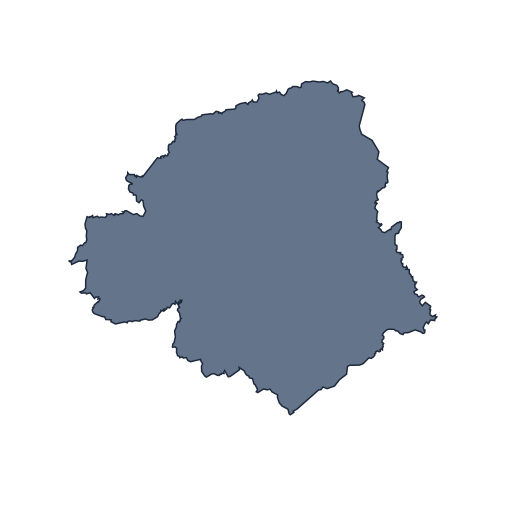 the district of Madero, Michoacán, Mexico, rotated 241°
{"feature_id": "50627088B49828923670212", "entity_name": "Madero", "entity_type": "district", "adm_level": 2, "iso_a3": "MEX", "parent_name": "Mexico", "parent_adm1": "Michoacán", "projection": "orthographic", "projection_center": [-101.157, 19.354], "detail": "fine", "context": "isolated", "style": "filled", "palette": "slate", "viewbox_px": 512, "rotation_deg": 241, "n_neighbors": 0, "source": "geoboundaries", "source_scale": "gbopen_adm2", "svg_char_len": 6134}
<svg xmlns="http://www.w3.org/2000/svg" viewBox="0 0 512 512"><g transform="rotate(241 256 256)"><path d="M363.3,409.6L366.1,409.4L369.5,406.5L373.0,406.0L372.7,402.5L376.1,399.4L377.5,395.7L381.3,390.7L382.3,387.2L384.5,383.8L384.4,379.2L381.8,377.4L382.2,375.5L384.1,374.3L386.4,370.4L385.9,367.5L386.5,366.5L386.4,365.2L383.5,361.1L382.8,358.0L384.9,356.4L388.0,356.0L388.4,353.6L390.3,353.9L389.7,353.1L390.9,346.2L393.7,343.8L394.4,339.8L396.0,337.5L395.5,335.7L392.5,335.1L390.2,331.4L391.9,328.4L394.3,328.4L393.6,327.4L393.6,323.9L392.4,322.4L395.2,321.3L396.9,316.2L397.1,311.4L395.3,310.0L394.8,308.6L398.5,300.7L397.6,299.2L397.7,295.7L397.0,295.0L398.6,294.3L399.0,292.7L400.1,293.3L401.9,291.2L401.0,287.0L402.3,285.5L405.6,277.3L404.7,275.7L405.5,272.4L405.3,268.3L408.9,261.7L410.0,258.0L411.5,257.7L411.5,255.8L410.3,250.6L408.9,249.0L403.8,246.2L401.3,245.8L402.1,245.4L400.1,244.2L399.9,242.8L397.9,242.9L397.6,241.8L395.7,240.7L395.4,239.8L396.2,239.7L396.5,238.6L395.1,236.1L395.7,234.1L395.0,233.0L391.0,230.5L388.6,230.5L388.1,228.7L386.6,227.4L387.1,226.2L388.3,225.5L387.3,223.3L388.4,223.5L388.9,222.8L389.1,220.9L387.5,220.2L389.7,217.4L380.2,195.4L381.1,195.5L381.0,193.3L383.3,191.3L383.0,189.7L384.4,190.5L384.5,188.9L386.2,189.1L388.7,184.6L391.0,184.2L389.6,183.4L387.7,180.0L385.7,179.4L383.7,179.8L379.6,182.9L379.0,182.7L379.8,180.2L379.4,179.1L376.4,176.9L373.1,176.8L370.7,178.9L368.6,178.4L368.1,179.9L367.0,180.6L362.0,178.2L359.3,179.6L360.8,182.9L359.1,184.0L354.1,181.9L348.8,181.4L345.4,176.4L347.4,173.8L350.8,172.4L351.7,168.8L358.6,164.5L359.0,163.1L358.4,162.4L359.2,160.9L358.1,161.3L357.5,160.5L358.8,157.7L358.7,155.5L359.9,154.7L360.3,153.3L361.1,153.6L361.3,153.0L360.3,151.6L363.2,150.0L363.4,148.0L365.4,145.7L363.6,145.2L362.8,143.0L365.3,139.2L365.8,137.3L367.7,136.5L368.6,132.1L370.6,132.7L370.3,129.7L371.0,129.7L371.0,128.3L372.3,127.3L366.9,122.0L362.9,120.3L360.2,120.3L355.5,117.1L352.5,116.0L350.3,113.9L350.6,112.5L349.2,109.2L350.5,107.9L350.0,104.2L347.1,102.4L345.2,99.2L342.8,96.8L341.3,92.9L341.7,91.0L342.8,89.9L341.2,90.4L340.7,91.5L338.0,90.7L337.4,98.7L335.4,101.7L334.3,106.3L327.5,101.2L323.4,100.8L317.7,95.5L310.6,91.5L309.3,88.4L309.9,84.6L308.2,85.2L306.4,89.0L305.1,89.3L304.1,93.2L297.3,94.1L297.7,95.8L296.6,98.4L295.0,96.9L294.6,98.7L293.6,98.4L292.2,96.0L292.7,95.8L291.4,90.5L289.8,89.6L290.1,88.3L289.0,88.1L288.2,86.6L286.2,86.1L284.0,86.6L277.3,92.4L276.3,94.1L273.3,93.8L270.4,98.4L268.9,97.3L264.7,100.1L262.0,109.2L260.0,111.0L260.9,112.3L260.4,114.1L258.6,115.9L258.3,118.6L255.3,123.0L255.9,123.8L254.5,128.8L252.0,131.0L250.4,134.3L250.6,140.4L252.6,143.2L253.2,145.3L254.5,146.4L253.4,147.0L253.9,148.8L252.5,148.7L252.7,150.2L253.9,150.3L252.9,152.0L254.2,153.5L252.5,155.3L254.7,159.3L254.5,160.8L253.0,161.7L255.3,163.6L252.2,164.0L253.4,166.6L253.0,167.6L254.2,168.3L253.1,169.7L251.6,167.9L251.7,165.6L250.1,164.0L248.3,164.4L247.9,162.2L246.7,161.0L243.2,161.4L238.9,160.0L237.6,160.3L237.6,159.1L236.0,158.3L236.2,157.1L235.5,156.7L236.4,156.1L236.2,155.6L234.4,153.1L232.5,152.0L229.9,148.4L224.4,146.3L219.9,142.3L219.3,140.6L217.4,139.1L216.6,138.8L216.0,140.9L213.8,141.9L210.4,139.8L206.8,139.1L205.5,140.2L204.0,140.0L203.6,142.5L202.0,142.9L201.0,145.8L197.6,145.8L195.3,147.4L192.5,157.4L191.6,156.9L187.8,157.1L185.9,154.8L181.3,152.5L176.1,153.0L174.1,153.9L174.3,160.1L173.5,162.2L170.2,164.5L169.3,166.1L169.9,167.5L169.4,168.3L170.0,168.9L168.7,171.1L169.9,171.4L171.1,173.1L163.8,173.1L163.2,175.2L164.5,186.5L166.7,187.2L161.6,189.9L156.8,189.9L154.3,191.5L152.7,191.1L150.4,193.5L145.0,192.2L144.2,192.8L139.1,192.7L138.2,192.4L137.1,190.4L135.7,191.3L136.0,198.3L133.6,200.7L132.7,203.8L129.4,204.1L124.0,207.6L122.1,206.2L116.3,205.2L112.0,206.1L106.5,209.7L101.9,208.5L100.5,209.1L100.9,213.3L102.3,213.3L102.2,217.5L108.5,245.8L107.6,248.1L109.0,251.0L105.5,253.9L104.2,261.6L107.4,269.2L108.7,277.9L115.1,282.5L115.0,285.0L110.4,293.6L109.9,297.5L112.2,305.4L110.6,307.1L110.8,309.8L111.8,312.0L113.0,312.5L113.0,313.6L114.1,314.3L114.2,316.1L112.5,317.3L112.5,318.7L113.7,319.0L114.0,320.3L112.6,321.1L114.8,322.3L114.9,323.2L116.6,323.7L117.5,325.2L119.9,324.4L121.4,325.7L121.8,327.6L123.7,328.8L125.5,328.1L127.1,330.5L128.0,334.6L127.6,336.7L124.8,341.3L122.8,341.9L121.7,343.6L118.3,344.4L116.0,346.5L117.0,348.5L115.2,351.8L114.2,359.4L109.3,363.7L107.6,364.2L107.0,365.4L107.4,366.6L109.3,367.8L109.6,366.9L112.4,367.7L114.8,371.0L115.6,373.2L113.2,373.8L115.4,377.6L112.9,381.0L113.8,381.3L115.0,384.6L116.5,383.3L117.4,384.3L117.5,381.2L119.9,379.9L121.1,380.0L124.3,382.6L125.1,382.0L127.3,384.4L128.1,384.1L133.4,381.6L131.8,377.4L135.3,376.6L136.7,376.9L138.2,379.2L138.5,383.5L140.1,383.3L141.3,382.1L141.3,378.7L142.1,378.1L144.2,378.2L145.9,376.5L148.4,376.9L148.3,380.8L151.4,379.8L154.5,381.3L154.2,382.0L155.2,383.7L156.0,382.5L158.4,381.4L162.0,383.0L162.1,381.9L165.0,382.3L166.2,381.6L169.8,383.4L171.7,380.9L172.0,382.5L173.9,382.6L173.4,382.0L174.1,380.4L175.7,379.2L178.2,380.6L178.5,379.8L181.4,380.3L181.8,381.8L183.0,381.7L183.6,384.1L186.0,384.8L188.0,383.1L188.9,384.1L190.7,381.0L193.4,381.4L193.5,382.5L195.3,383.6L196.9,384.3L198.6,383.1L206.0,387.1L207.7,389.1L206.8,391.4L207.2,392.3L207.8,392.3L210.3,396.8L215.3,399.6L216.3,398.4L215.9,397.0L216.6,396.2L215.6,388.6L213.7,386.8L214.4,385.9L213.9,380.1L216.1,377.8L218.6,378.0L221.4,376.8L222.3,381.2L223.4,381.3L223.8,379.4L225.2,379.3L227.5,377.8L228.1,379.2L229.0,379.0L234.1,382.2L235.8,384.0L240.3,383.1L242.6,385.5L243.3,387.4L244.7,386.8L244.8,385.9L246.0,387.2L245.9,390.2L248.5,390.3L251.5,391.4L253.4,393.2L253.0,394.1L253.8,394.2L253.2,395.2L254.2,399.8L253.6,401.4L254.2,403.2L255.6,403.3L257.2,405.3L256.3,405.8L256.7,407.2L262.4,409.4L265.3,412.0L266.4,411.2L269.1,414.7L281.7,408.9L287.6,414.0L300.9,413.6L311.2,407.5L316.2,408.2L319.7,409.3L335.7,424.7L338.1,425.1L340.9,424.0L341.8,427.4L346.8,423.6L346.6,422.2L348.2,418.0L352.6,418.5L352.6,419.5L357.4,415.9L357.6,412.1L358.7,409.5L358.1,408.0L360.6,407.3L361.3,407.7L360.9,408.4L363.3,409.6Z" fill="#64748b" stroke="#1e293b" stroke-width="1.5"/></g></svg>